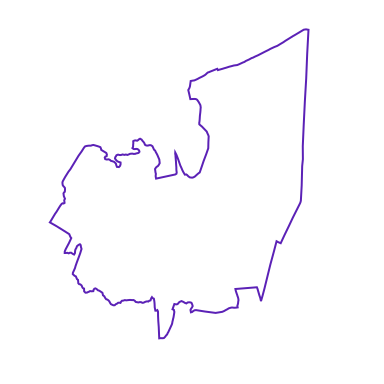 Limuru, Central, Kenya, rotated 169°
{"feature_id": "3690345B52223496040180", "entity_name": "Limuru", "entity_type": "district", "adm_level": 2, "iso_a3": "KEN", "parent_name": "Kenya", "parent_adm1": "Central", "projection": "natural_earth1", "projection_center": [36.657, -1.145], "detail": "fine", "context": "isolated", "style": "outline", "palette": "violet", "viewbox_px": 384, "rotation_deg": 169, "n_neighbors": 0, "source": "geoboundaries", "source_scale": "gbopen_adm2", "svg_char_len": 6001}
<svg xmlns="http://www.w3.org/2000/svg" viewBox="0 0 384 384"><g transform="rotate(169 192 192)"><path d="M249.7,71.9L250.4,65.9L252.1,54.6L250.5,54.5L248.9,54.1L247.5,54.0L246.1,54.9L244.7,56.2L243.6,56.9L243.0,57.9L242.0,59.0L237.1,65.8L236.5,66.9L236.0,68.3L235.3,69.8L234.8,71.0L234.2,72.2L233.8,73.2L233.4,74.3L232.6,76.5L232.2,77.7L232.3,79.8L233.5,80.6L230.7,85.4L229.0,84.7L227.6,84.7L226.3,85.7L225.4,86.4L224.1,86.7L223.1,86.9L222.1,86.2L221.2,85.6L220.4,84.7L218.8,83.7L217.4,84.4L215.9,84.3L214.8,84.0L213.7,83.4L213.4,82.3L213.2,81.1L213.1,79.9L214.0,78.7L215.1,77.7L216.0,76.5L216.0,74.1L214.7,74.2L213.5,74.9L212.1,75.4L210.6,75.3L201.8,72.1L194.9,69.8L193.7,69.4L191.9,68.8L185.2,68.6L183.3,69.0L181.6,69.6L179.6,70.2L178.1,70.8L176.3,71.0L174.8,71.0L172.9,70.4L171.2,70.1L169.2,70.0L169.2,71.6L168.5,72.9L168.0,74.0L167.6,75.4L167.0,77.0L166.9,78.8L167.0,80.1L167.2,81.2L167.3,82.4L167.5,83.6L167.8,85.9L167.9,87.1L167.9,88.5L146.5,86.1L146.2,84.7L145.6,77.9L145.2,75.1L145.1,71.7L142.4,77.0L139.2,83.6L132.0,99.2L128.9,105.9L123.0,117.9L120.6,122.9L118.4,127.5L117.2,126.5L114.7,124.8L109.4,132.1L103.4,140.1L97.9,147.6L91.1,156.4L88.1,160.3L87.4,161.4L86.8,162.7L83.1,177.4L78.9,196.4L76.9,203.0L74.5,215.9L69.6,236.3L63.9,259.5L58.3,281.4L52.6,305.5L46.7,329.0L49.0,329.9L51.3,330.0L53.0,329.4L61.8,326.2L62.8,325.9L69.1,323.5L71.5,322.6L73.7,321.6L77.1,320.4L80.3,319.2L83.5,318.6L87.5,317.6L88.5,317.3L89.6,316.9L93.3,315.9L101.2,313.6L104.3,312.9L106.7,312.2L107.9,312.1L110.6,311.2L114.4,310.3L115.6,309.7L117.4,309.4L121.4,308.4L123.4,308.0L126.7,308.2L129.3,308.0L131.4,307.9L134.7,307.5L137.0,307.3L138.7,307.1L140.0,307.0L142.4,306.8L143.3,306.7L143.7,308.1L144.9,307.9L148.0,307.3L151.2,306.7L152.5,306.4L153.6,306.3L154.9,305.6L155.9,304.9L157.1,304.3L158.8,303.7L160.5,303.2L162.1,302.8L163.2,302.5L165.0,301.9L166.6,301.5L168.4,301.1L169.9,301.2L171.0,301.2L172.1,301.2L173.9,296.0L174.7,294.6L175.5,293.6L176.2,292.8L176.0,287.9L175.9,283.5L171.9,282.9L170.5,282.5L169.4,281.6L168.9,280.5L168.4,279.4L167.9,277.9L167.5,276.7L167.2,275.6L167.3,273.4L167.8,271.7L168.2,270.1L168.8,268.1L169.7,265.3L170.4,262.6L170.7,261.5L171.1,260.1L171.7,258.5L171.9,257.0L171.2,256.1L169.8,254.4L167.8,251.3L166.0,248.5L165.7,246.9L165.2,244.9L165.0,243.5L166.4,237.8L167.7,231.8L170.9,226.3L174.8,220.0L177.4,215.4L180.7,209.7L181.7,209.3L183.0,208.6L184.0,208.0L186.3,206.6L187.6,206.2L188.7,206.0L190.0,206.3L191.4,206.8L192.6,208.1L193.5,209.5L194.2,210.3L195.7,210.4L196.8,213.5L197.3,215.3L197.6,216.8L198.0,218.6L198.4,220.1L198.7,222.2L199.3,226.5L199.7,228.8L200.2,231.5L200.9,233.9L201.2,232.7L201.2,231.3L201.4,230.0L201.7,227.1L202.0,224.4L202.3,222.4L202.5,220.6L202.7,218.9L203.0,217.5L203.2,215.8L203.3,214.1L203.8,212.9L205.1,212.4L224.7,212.0L224.7,214.1L224.4,215.5L224.0,216.6L224.1,218.3L223.9,221.6L222.7,222.9L221.5,223.6L220.5,224.0L219.4,225.0L218.2,226.5L217.9,230.1L218.9,234.8L219.3,236.2L219.9,238.0L220.3,239.7L221.2,240.8L221.7,243.0L222.1,244.5L223.2,245.6L224.1,246.0L225.2,246.1L226.2,246.0L227.2,246.1L228.2,246.5L229.2,247.4L229.4,248.9L230.0,250.3L230.7,251.4L231.5,253.1L232.8,254.2L234.1,253.8L235.0,253.2L236.1,252.8L237.4,253.4L238.8,253.5L240.0,253.1L240.3,251.1L240.7,249.8L241.0,248.5L241.3,247.4L242.1,246.5L241.2,245.4L239.9,245.0L238.6,245.0L237.2,244.5L236.0,242.9L235.9,241.5L237.0,240.6L238.3,240.5L239.4,240.5L240.5,240.3L242.0,240.5L243.0,241.0L244.3,241.2L245.6,241.3L246.7,241.0L248.3,240.7L249.8,241.4L251.1,241.3L252.1,241.7L253.1,242.1L254.2,241.9L255.2,241.9L256.2,242.2L257.5,242.8L259.1,242.5L259.9,241.5L260.7,240.8L261.2,239.5L260.4,237.8L259.5,236.5L258.5,235.7L256.5,234.6L256.8,232.9L257.6,231.4L259.0,230.4L260.9,231.0L261.2,232.7L261.3,234.5L262.7,236.5L264.1,237.3L265.7,238.1L266.5,239.2L267.6,240.0L269.4,240.1L270.9,240.8L271.1,242.4L270.3,243.3L269.0,243.4L268.4,245.0L268.7,246.7L269.7,247.6L270.8,248.6L271.9,249.6L273.0,250.6L273.1,252.2L273.4,253.5L274.5,254.2L275.9,255.0L278.8,256.5L279.9,257.0L281.1,257.0L282.4,256.8L283.4,257.0L284.8,257.2L286.6,257.3L288.2,257.2L289.5,256.2L292.6,252.9L296.4,249.3L307.1,237.5L309.3,235.6L313.6,231.0L315.8,228.4L316.7,227.3L317.3,226.3L317.5,225.1L317.6,223.5L317.2,222.4L316.6,221.5L316.0,220.3L316.1,219.1L316.4,217.9L316.8,216.5L317.7,216.0L318.4,215.2L318.6,212.6L318.4,211.5L318.0,209.6L319.0,208.3L319.2,205.6L320.2,205.2L321.1,205.6L322.1,205.3L323.0,204.5L323.8,203.8L325.5,202.0L328.9,198.3L330.5,196.8L336.6,190.0L337.3,189.3L335.1,187.4L332.3,185.0L327.5,180.6L320.5,174.0L320.3,172.8L319.9,171.0L319.3,169.8L322.5,165.4L327.1,159.7L328.3,157.8L328.6,156.4L327.5,156.2L326.0,156.1L324.7,155.3L323.5,155.7L322.3,155.5L320.6,153.8L319.7,153.1L318.6,154.3L317.9,156.7L317.4,157.8L316.1,159.3L315.3,160.7L313.5,161.7L312.0,162.1L311.4,161.1L311.5,159.3L311.3,157.2L313.5,153.1L315.6,149.6L318.3,145.2L320.4,141.6L321.4,139.6L323.0,137.3L324.3,135.5L324.7,134.1L324.0,133.2L323.3,132.2L322.1,131.3L321.8,129.7L321.5,128.4L320.7,127.5L320.8,125.9L321.0,124.1L320.4,123.1L319.2,122.6L318.2,121.3L317.8,119.2L317.3,118.3L316.4,117.8L316.6,116.5L316.8,115.0L315.8,113.5L314.3,113.3L313.2,113.6L312.0,113.8L311.0,114.2L309.6,113.7L307.8,113.5L307.1,115.0L306.2,115.7L305.2,115.8L304.2,115.0L303.1,113.5L302.0,112.9L301.0,112.0L299.2,110.2L299.1,108.9L299.1,107.6L298.0,106.4L297.4,104.5L296.7,103.1L295.7,102.6L294.8,101.7L294.0,100.4L293.6,98.9L293.0,97.4L291.8,96.5L290.8,95.8L289.5,95.6L288.2,96.4L286.9,96.7L285.6,97.4L284.4,97.2L283.4,96.8L282.6,97.8L281.5,98.6L280.2,98.5L278.5,98.7L277.3,98.2L275.8,98.1L274.5,98.0L273.5,97.9L272.4,97.6L271.4,97.3L270.0,97.1L268.9,96.1L268.3,94.9L267.2,94.4L265.6,93.8L264.2,93.9L262.9,93.5L261.9,92.7L260.6,92.6L259.3,93.0L258.1,93.2L256.8,93.2L255.8,92.8L254.7,93.4L253.4,93.5L252.8,94.6L252.2,95.6L251.4,96.4L250.9,95.3L249.8,94.6L249.8,92.6L249.9,91.0L250.1,89.2L250.6,85.9L250.6,82.5L249.6,82.3L248.6,82.7L248.2,81.4L248.4,79.8L248.7,78.3L249.0,76.6L249.7,71.9Z" fill="none" stroke="#5b21b6" stroke-width="2"/></g></svg>